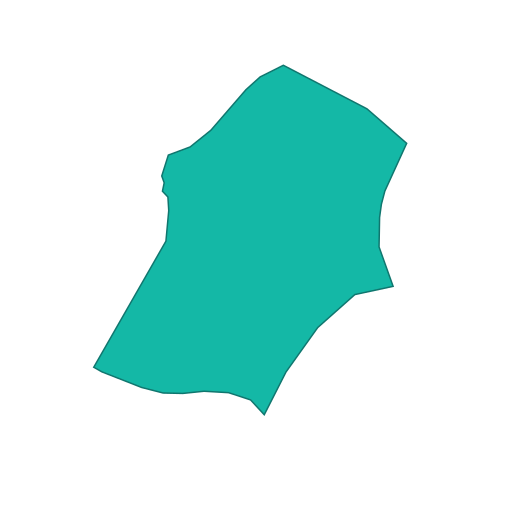 outline of Rio Claro-Mayaro, rotated 35°
{"feature_id": "TTO-55", "entity_name": "Rio Claro-Mayaro", "entity_type": "Region", "adm_level": 1, "iso_a3": "TTO", "parent_name": "Trinidad and Tobago", "parent_adm1": "", "projection": "mercator", "projection_center": [-61.112, 10.272], "detail": "fine", "context": "isolated", "style": "filled", "palette": "teal", "viewbox_px": 512, "rotation_deg": 35, "n_neighbors": 0, "source": "natural_earth", "source_scale": "10m", "svg_char_len": 550}
<svg xmlns="http://www.w3.org/2000/svg" viewBox="0 0 512 512"><g transform="rotate(35 256 256)"><path d="M314.8,77.3L324.3,128.9L329.0,141.6L335.1,153.5L351.6,178.0L385.7,202.2L359.1,230.9L347.6,279.2L347.1,333.8L353.8,381.3L334.1,377.0L311.9,383.7L291.0,396.6L274.8,410.6L258.5,421.5L237.7,429.3L196.3,439.3L186.9,440.2L173.7,295.5L158.5,268.9L150.0,258.2L142.2,256.6L138.8,248.7L132.9,244.5L126.3,223.6L139.5,204.4L146.9,178.9L152.4,125.4L156.7,106.8L169.0,84.1L262.5,71.8L314.8,77.3Z" fill="#14b8a6" stroke="#0f766e" stroke-width="1.5"/></g></svg>